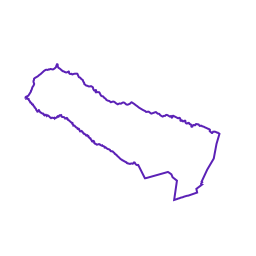 Yatta, Eastern, Kenya (orthographic projection), rotated 156°
{"feature_id": "3690345B64365899844795", "entity_name": "Yatta", "entity_type": "district", "adm_level": 2, "iso_a3": "KEN", "parent_name": "Kenya", "parent_adm1": "Eastern", "projection": "orthographic", "projection_center": [37.614, -1.242], "detail": "fine", "context": "isolated", "style": "outline", "palette": "violet", "viewbox_px": 256, "rotation_deg": 156, "n_neighbors": 0, "source": "geoboundaries", "source_scale": "gbopen_adm2", "svg_char_len": 5948}
<svg xmlns="http://www.w3.org/2000/svg" viewBox="0 0 256 256"><g transform="rotate(156 128 128)"><path d="M53.6,77.5L46.8,85.5L46.9,85.8L47.7,86.7L47.9,87.3L48.6,87.6L49.5,88.8L50.4,89.5L50.7,89.5L51.7,90.0L53.1,89.2L53.5,89.4L53.9,90.5L54.3,91.1L54.6,92.1L54.1,92.6L53.9,93.0L54.0,93.4L54.7,94.4L55.3,94.8L56.3,96.1L57.4,97.2L58.1,98.2L59.0,99.0L59.6,99.4L59.8,100.0L60.1,100.3L60.4,100.5L61.5,100.6L61.7,100.9L62.1,102.6L62.9,103.0L63.5,103.6L64.2,103.9L64.6,103.9L65.2,103.3L65.6,103.2L65.9,103.3L66.5,103.9L67.1,104.1L67.5,104.1L68.6,103.1L69.3,103.2L69.5,103.4L69.5,103.7L69.1,104.5L69.1,105.5L69.3,105.9L70.2,106.5L70.1,107.3L70.3,107.9L70.9,108.2L72.3,108.1L72.8,108.4L73.1,109.0L73.2,109.4L73.2,109.9L72.7,110.9L72.9,111.5L73.6,111.7L74.8,111.6L75.3,111.8L75.5,112.1L75.5,112.8L75.7,113.1L76.7,113.0L77.0,113.2L77.0,113.8L76.7,114.2L76.5,115.3L76.6,116.0L77.1,116.5L78.0,116.4L78.6,116.8L79.2,117.7L81.7,120.8L82.1,120.9L82.5,120.8L82.9,120.4L82.9,120.0L83.2,119.7L83.7,119.6L83.9,119.9L83.9,120.3L83.6,121.2L83.8,121.5L84.1,121.5L84.8,121.3L85.1,121.4L85.3,121.6L86.1,122.9L87.2,124.2L88.3,124.4L89.1,124.0L90.5,124.5L91.5,124.3L91.8,124.4L93.3,126.5L93.7,128.2L95.1,129.1L95.9,131.0L96.4,131.3L100.5,131.6L100.9,131.7L101.1,132.0L102.4,134.4L102.8,134.7L104.4,135.1L105.0,135.4L105.3,136.3L107.2,138.6L109.7,142.2L110.7,144.2L111.7,145.8L112.5,147.4L114.2,150.0L114.8,150.0L116.3,149.4L118.4,149.4L119.2,149.6L119.5,149.8L120.1,150.4L120.9,152.3L121.1,152.6L121.7,153.1L122.1,153.3L123.2,153.3L124.6,153.1L125.8,153.9L127.7,153.8L128.0,154.0L128.3,154.7L129.0,155.6L129.6,157.0L130.3,157.9L131.2,158.3L133.2,158.5L134.1,160.3L135.2,161.1L136.3,162.4L136.6,164.0L137.4,165.1L137.7,166.4L138.0,167.1L138.7,167.5L139.4,168.4L139.6,168.9L139.5,169.7L139.7,170.9L139.6,171.9L139.8,172.4L141.2,173.2L142.8,173.6L142.9,173.9L142.0,175.1L141.8,175.4L141.9,175.7L142.1,175.8L143.1,175.7L143.5,175.8L143.7,176.2L143.9,177.9L143.6,178.9L143.6,179.6L143.9,180.1L144.8,181.3L145.8,181.4L147.2,182.1L147.8,183.0L148.6,183.5L149.1,184.0L149.5,185.1L150.0,185.7L150.0,186.3L149.7,187.1L149.7,187.5L150.0,188.5L149.8,190.2L150.7,191.7L151.2,193.4L152.1,194.3L152.2,194.7L152.2,198.1L152.5,198.4L154.7,199.3L155.7,199.5L156.9,199.5L157.1,199.6L157.3,199.8L157.4,200.3L157.7,200.6L158.7,200.8L159.0,201.0L159.3,201.4L159.5,202.5L159.1,203.3L159.2,203.7L161.3,203.7L162.0,203.9L162.6,204.6L163.2,205.0L163.7,206.0L164.6,206.5L164.8,206.9L165.1,207.9L165.5,208.4L165.7,209.1L166.3,210.2L167.0,211.2L167.2,212.7L166.5,214.4L166.5,214.8L166.8,215.1L167.9,214.3L169.0,212.9L171.0,212.2L172.5,212.0L172.9,212.1L174.9,213.5L175.9,213.4L176.5,213.8L177.7,213.7L178.8,214.4L179.6,214.6L181.5,214.3L186.2,212.7L187.2,212.6L189.4,211.9L192.5,211.6L193.7,211.3L194.5,210.0L194.9,209.8L195.6,208.6L195.7,207.1L195.8,206.4L196.1,206.1L197.0,205.2L198.8,204.1L200.5,202.1L201.5,201.5L201.8,200.8L205.5,198.3L206.1,198.0L208.4,198.0L209.0,197.8L209.2,197.5L208.2,197.1L208.1,196.7L208.3,196.5L208.7,196.1L207.8,195.9L207.7,195.3L207.0,195.0L207.2,194.2L207.1,193.9L207.2,193.5L206.6,191.8L206.9,191.3L206.9,191.0L206.1,190.1L206.0,189.8L206.1,188.8L205.2,188.1L205.2,187.9L205.5,187.5L204.8,185.4L205.0,185.1L205.0,184.7L204.7,184.2L204.3,182.8L204.5,181.9L204.1,180.5L204.2,179.9L204.0,179.7L202.9,179.9L202.3,180.6L202.0,180.4L202.0,179.8L202.3,179.3L201.6,178.1L201.6,177.7L201.1,177.2L200.1,175.7L199.7,175.7L199.0,174.0L199.3,173.8L199.1,173.4L198.7,173.4L197.7,173.5L197.5,172.8L197.2,172.7L197.2,172.0L196.9,172.1L196.4,172.4L196.2,172.3L195.3,170.7L195.0,169.7L194.3,168.3L193.5,168.4L192.7,168.0L191.8,167.3L191.5,167.1L191.0,167.3L190.8,167.0L190.9,166.5L190.2,166.7L189.0,166.5L188.7,166.6L188.4,167.0L187.5,167.3L187.2,166.7L186.9,166.5L186.5,166.7L186.4,167.1L185.3,167.4L185.0,167.4L184.8,167.1L184.6,167.0L183.8,167.0L183.7,166.7L184.1,166.0L184.0,165.4L183.6,164.8L182.1,164.0L181.9,163.3L181.4,162.6L181.5,162.2L180.8,162.0L180.5,161.7L180.1,162.1L179.8,162.1L179.6,161.8L179.4,161.0L179.6,160.0L179.2,159.4L178.9,159.2L178.6,158.4L177.4,155.8L176.7,155.3L176.8,155.0L177.2,154.5L176.7,153.6L177.0,152.4L176.2,152.1L175.9,151.9L175.5,150.5L175.1,149.6L174.8,149.4L174.4,148.7L174.4,147.7L174.2,147.5L173.5,147.6L173.2,147.3L173.1,146.9L173.4,146.4L173.1,145.7L173.2,144.5L172.3,144.1L171.6,144.2L171.4,143.9L171.4,143.1L171.0,142.6L171.0,141.6L170.7,140.7L170.2,140.6L170.0,139.9L169.3,139.1L169.4,138.3L168.9,137.8L168.1,137.9L168.0,137.5L167.5,137.0L167.4,136.4L167.8,136.1L167.3,134.8L166.8,134.2L167.0,134.0L166.8,133.6L166.5,133.4L166.6,132.8L166.3,131.6L166.3,130.5L166.1,130.3L165.5,130.5L165.1,130.5L164.8,130.2L165.4,129.7L165.1,129.5L164.7,129.5L164.5,129.1L164.9,127.9L164.6,127.6L164.6,127.2L164.4,126.9L163.8,126.5L163.5,125.7L163.2,125.4L161.1,125.1L160.8,124.9L160.7,124.6L160.4,124.5L160.1,123.6L159.2,122.7L158.9,122.7L159.0,122.4L158.8,122.1L158.4,122.0L158.0,121.5L157.5,121.1L157.4,120.8L156.8,120.0L157.2,119.9L157.3,119.6L157.1,119.4L156.5,119.4L156.2,119.1L155.3,117.3L154.9,117.1L154.8,116.8L153.9,116.1L153.4,115.3L153.4,114.6L153.1,113.8L152.7,113.7L152.2,113.2L151.8,113.1L151.5,112.8L151.1,111.6L150.6,110.8L150.6,109.8L150.0,109.2L149.9,108.6L149.4,108.0L149.4,107.6L149.1,106.9L149.0,106.3L148.6,105.8L147.6,103.1L147.0,102.0L146.5,101.5L146.4,100.9L146.2,100.6L145.8,100.4L145.3,99.8L145.2,99.4L144.5,98.7L144.4,98.4L144.1,97.9L143.4,97.4L143.4,96.7L143.3,96.4L142.8,96.1L142.7,95.8L141.8,95.3L141.5,94.8L140.5,94.3L140.2,94.4L138.7,94.0L138.2,93.4L137.1,93.7L136.5,94.1L136.0,93.8L135.9,93.4L135.8,92.2L135.5,91.3L135.1,90.7L134.6,90.3L133.9,90.3L133.7,90.1L133.0,75.2L132.4,75.0L130.7,74.7L109.4,71.6L108.6,70.4L107.2,68.0L107.3,64.9L104.7,60.0L115.1,43.5L111.5,43.1L111.2,43.2L109.6,42.9L108.1,42.9L106.2,42.5L104.9,42.5L101.8,42.1L100.4,41.7L91.1,40.9L90.3,44.6L83.8,46.1L84.1,46.3L84.0,47.1L83.8,47.5L82.2,48.3L82.3,48.8L82.5,49.1L72.5,57.8L62.1,65.2L53.6,77.5Z" fill="none" stroke="#5b21b6" stroke-width="2"/></g></svg>